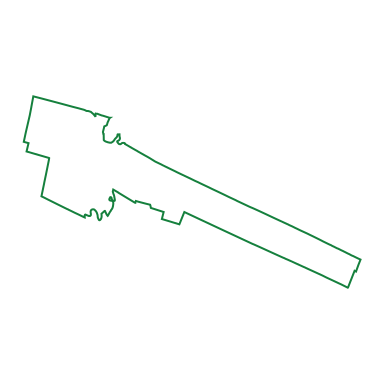 outline of Balaciu, Ialomita, Romania, rotated 89°
{"feature_id": "2599482B99683326218446", "entity_name": "Balaciu", "entity_type": "district", "adm_level": 2, "iso_a3": "ROU", "parent_name": "Romania", "parent_adm1": "Ialomita", "projection": "robinson", "projection_center": [26.903, 44.669], "detail": "fine", "context": "isolated", "style": "outline", "palette": "green", "viewbox_px": 384, "rotation_deg": 89, "n_neighbors": 0, "source": "geoboundaries", "source_scale": "gbopen_adm2", "svg_char_len": 5442}
<svg xmlns="http://www.w3.org/2000/svg" viewBox="0 0 384 384"><g transform="rotate(89 192 192)"><path d="M112.6,352.9L129.4,357.1L129.8,357.2L138.9,359.3L140.3,354.6L148.2,356.6L148.6,356.7L155.5,334.3L155.6,334.2L157.8,334.6L165.1,336.2L172.8,337.9L179.8,339.5L181.3,339.8L193.7,342.6L195.2,339.6L196.8,336.6L201.8,327.0L206.8,317.3L207.1,316.6L207.2,316.4L207.3,316.1L207.5,315.9L209.0,312.9L210.5,310.0L210.6,309.8L212.6,305.7L214.8,301.4L215.1,300.8L215.6,299.7L214.7,299.7L213.8,299.8L212.9,299.4L212.8,299.2L212.7,299.0L212.8,298.7L213.0,298.3L213.2,297.9L213.4,297.5L213.4,297.4L213.5,297.2L213.9,296.3L214.2,295.5L214.2,294.9L214.1,294.2L213.6,293.7L213.0,293.5L212.7,293.5L212.4,293.6L211.7,293.5L210.9,293.7L209.6,293.7L208.5,293.3L207.8,292.4L207.6,291.6L207.6,290.8L207.8,290.1L208.3,289.5L209.0,288.9L209.3,288.6L209.5,288.4L210.2,288.0L210.9,287.6L212.8,287.0L213.5,286.8L214.1,286.8L214.8,286.7L215.4,286.7L215.7,286.6L216.0,286.6L216.3,286.5L216.5,286.4L216.9,286.2L217.2,286.1L217.5,285.9L217.9,285.8L218.1,285.7L218.5,285.3L218.6,284.9L218.4,284.4L218.2,284.2L217.7,283.7L217.1,283.4L216.4,283.1L215.6,282.9L215.2,282.8L214.9,282.8L213.2,282.8L212.2,282.9L209.4,279.7L209.4,279.4L212.9,277.8L213.7,277.3L214.4,276.7L214.2,276.5L210.7,274.5L210.0,274.0L209.4,273.5L208.8,273.3L208.1,272.7L207.8,272.5L207.5,272.3L207.0,272.0L206.4,271.7L206.0,271.6L205.0,271.3L204.4,271.2L203.3,271.0L203.0,271.0L202.4,270.9L201.8,270.9L201.4,270.9L200.9,271.0L200.5,271.0L200.2,271.2L199.9,271.4L199.6,271.8L199.4,272.2L199.3,273.1L199.2,273.4L199.1,273.8L199.0,274.2L198.8,274.4L198.5,274.7L198.2,274.8L197.7,274.8L197.2,274.6L196.9,274.5L196.6,274.3L196.4,274.2L196.0,273.9L195.8,273.8L195.8,273.7L195.7,273.5L195.7,273.3L195.8,273.1L196.2,272.8L196.4,272.6L196.5,272.6L197.3,272.4L197.8,272.3L198.2,272.1L198.7,271.8L198.9,271.6L199.1,271.3L199.2,271.0L199.3,270.7L199.4,270.2L199.5,269.9L199.5,269.7L199.4,269.5L199.3,269.4L198.8,269.3L198.3,269.3L197.6,269.4L196.5,269.6L195.1,269.8L193.7,270.1L192.5,270.6L191.0,271.0L190.4,271.2L189.9,271.1L188.2,270.7L190.1,267.6L191.1,265.9L191.3,265.8L201.5,249.6L201.8,249.0L201.8,248.9L201.6,248.9L200.0,248.3L200.7,246.1L202.8,238.6L204.0,234.1L204.7,233.9L205.3,233.7L206.2,233.6L207.2,233.4L211.5,220.7L218.5,222.6L224.1,205.2L211.9,200.0L220.0,183.5L231.3,160.4L242.6,137.2L245.0,132.3L245.4,131.3L248.4,124.9L255.6,109.8L259.2,102.2L259.9,100.5L260.3,99.9L261.2,97.8L262.7,94.6L277.6,63.4L277.9,62.8L279.8,59.2L285.9,46.7L287.0,44.4L290.4,37.9L290.3,37.7L288.1,36.8L282.3,34.4L273.6,30.8L274.4,29.4L267.6,26.8L263.8,25.2L262.5,24.7L261.9,26.0L260.2,29.4L258.9,31.9L258.6,32.6L258.5,32.9L258.0,33.9L257.6,34.6L257.4,35.0L257.1,35.4L256.1,37.5L255.5,38.6L254.7,40.1L254.1,41.3L253.7,42.0L253.4,42.6L253.0,43.5L252.2,45.0L251.8,45.7L251.5,46.4L251.1,47.1L250.8,48.0L250.4,48.7L250.1,49.3L249.9,49.7L249.6,50.2L249.5,50.4L249.4,50.7L249.1,51.1L249.0,51.3L248.9,51.5L248.6,52.3L248.3,52.8L248.0,53.3L247.8,53.6L247.4,54.3L247.3,54.5L247.2,54.9L246.2,56.9L243.4,62.4L243.2,62.7L241.7,65.5L238.4,71.9L237.1,74.5L235.6,77.4L233.3,82.2L232.1,84.7L230.4,88.0L229.6,89.7L229.5,89.8L229.2,90.4L228.0,92.7L227.5,93.8L226.8,95.3L226.0,96.7L225.9,97.0L222.3,104.5L218.9,111.5L215.3,118.8L211.9,125.8L209.3,131.3L208.5,133.1L208.4,133.4L208.2,133.8L207.5,135.3L201.7,147.1L200.9,148.5L197.7,155.1L195.7,159.0L192.0,166.4L189.4,171.7L187.6,175.2L184.5,181.5L183.2,184.1L182.4,185.6L181.1,188.4L179.0,192.5L173.8,203.0L171.6,207.4L171.5,207.5L168.0,214.4L164.6,221.1L164.1,221.9L160.9,228.3L157.4,233.7L155.9,236.2L154.7,238.3L150.7,245.1L149.7,246.6L149.4,247.2L147.1,251.1L143.7,256.7L143.1,257.7L142.9,258.1L142.6,258.1L142.4,258.1L142.2,258.3L142.0,258.5L141.8,258.9L141.7,259.9L141.7,260.5L141.9,261.2L142.1,261.5L142.4,261.8L142.7,262.2L142.9,262.7L143.0,263.0L142.9,263.6L142.8,264.0L142.5,264.4L142.3,264.6L141.7,265.1L141.0,265.6L140.5,265.9L140.4,265.9L140.2,265.9L139.8,265.7L139.6,265.2L139.4,264.7L139.1,264.3L138.9,264.0L138.7,263.8L138.6,263.7L138.0,263.3L137.5,263.2L137.2,263.1L136.8,263.1L136.6,263.2L136.3,263.2L135.0,263.5L134.3,263.5L133.1,263.5L133.1,265.3L133.5,265.5L134.2,265.6L135.0,265.8L135.7,266.2L136.0,266.5L136.7,267.1L137.0,267.5L137.9,268.3L138.7,268.8L139.1,269.1L139.5,269.4L139.9,269.8L140.3,270.3L140.7,270.8L141.1,271.6L141.3,271.9L141.3,272.3L141.3,272.6L141.2,273.4L141.2,273.8L141.0,274.4L140.8,275.3L140.5,276.1L140.2,277.0L139.9,277.6L139.7,278.0L139.3,278.6L139.0,278.9L138.6,279.2L138.5,279.3L132.6,279.3L132.6,279.6L130.9,279.9L130.7,280.0L130.4,280.0L128.6,279.5L126.7,279.0L125.5,278.7L124.9,278.6L124.4,277.4L124.0,276.5L123.8,276.1L123.4,275.9L123.0,275.8L122.2,275.5L121.4,275.3L120.6,275.0L120.3,274.8L119.2,274.3L118.1,273.8L117.5,273.5L116.9,273.2L116.6,273.0L116.4,272.7L116.4,273.0L115.8,274.8L114.2,279.6L113.8,281.2L113.4,282.1L113.1,282.9L112.1,285.4L112.1,285.7L112.1,286.0L112.1,286.4L111.9,287.0L112.5,287.3L113.0,287.3L113.9,287.1L114.3,287.1L114.4,287.4L114.5,287.6L113.8,288.1L112.8,288.9L112.0,289.6L110.8,291.0L110.1,291.7L109.9,292.4L109.8,292.6L109.5,293.4L109.4,293.9L109.2,294.4L109.2,294.5L109.2,294.9L109.2,295.1L109.2,295.4L109.1,295.7L109.1,295.9L109.1,296.1L108.6,297.1L108.3,297.6L108.2,297.8L108.1,298.1L107.8,298.9L107.4,300.3L106.8,302.4L106.4,303.7L104.7,309.9L102.9,316.1L101.2,322.0L99.2,329.0L95.7,341.4L93.6,349.0L103.9,351.1L104.0,351.1L104.5,351.2L112.6,352.9Z" fill="none" stroke="#15803d" stroke-width="2"/></g></svg>